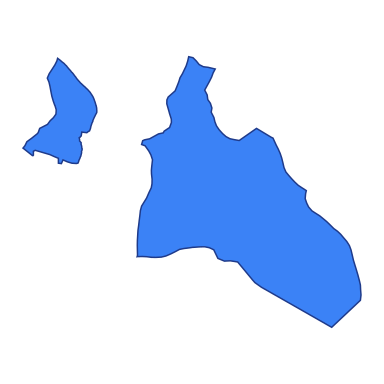 Al Mahabishah, Hajjah, Yemen (Mercator projection)
{"feature_id": "15242507B79718880947555", "entity_name": "Al Mahabishah", "entity_type": "district", "adm_level": 2, "iso_a3": "YEM", "parent_name": "Yemen", "parent_adm1": "Hajjah", "projection": "mercator", "projection_center": [43.424, 15.924], "detail": "fine", "context": "isolated", "style": "filled", "palette": "blue", "viewbox_px": 384, "rotation_deg": 0, "n_neighbors": 0, "source": "geoboundaries", "source_scale": "gbopen_adm2", "svg_char_len": 4202}
<svg xmlns="http://www.w3.org/2000/svg" viewBox="0 0 384 384"><path d="M137.1,256.7L137.7,256.6L142.3,256.5L146.7,256.7L151.3,257.3L155.7,257.4L161.3,257.1L165.9,256.0L171.0,253.8L175.4,251.6L179.5,249.4L184.0,248.5L188.9,247.9L192.9,247.3L193.6,247.3L193.8,247.3L199.3,246.9L202.5,246.8L204.9,246.8L209.3,247.7L213.8,249.8L214.0,250.3L217.9,258.4L224.4,261.1L230.2,260.8L234.8,261.5L237.7,262.0L252.6,280.0L254.9,282.6L261.5,287.3L286.8,301.7L327.1,324.7L331.7,327.3L360.4,300.3L361.0,295.0L360.6,289.7L360.4,285.0L359.4,280.7L357.9,275.0L356.3,269.6L354.7,264.4L353.4,260.1L352.2,254.9L351.0,249.9L349.4,245.6L346.8,241.5L343.8,238.0L340.7,234.3L337.4,231.2L333.8,228.6L330.5,225.3L326.7,221.6L323.2,218.7L319.8,215.9L315.7,213.3L312.0,210.9L308.6,207.0L306.7,203.1L305.2,198.7L305.2,198.4L305.6,193.7L306.3,190.6L305.8,190.3L304.5,189.4L302.1,187.9L298.2,185.3L294.7,182.0L291.7,178.8L288.7,175.4L285.9,172.0L284.0,167.6L282.9,162.8L281.7,158.0L280.2,153.5L278.2,149.0L276.2,145.1L273.0,138.1L271.3,137.3L256.5,128.4L239.2,140.5L234.6,139.7L234.1,139.6L231.7,139.1L229.9,138.7L226.0,136.6L222.6,133.6L220.6,131.4L219.1,129.7L216.5,125.9L214.9,121.8L213.9,117.5L211.2,112.2L211.9,108.0L210.4,103.3L207.8,99.6L207.6,98.3L207.2,95.0L204.7,90.1L209.4,81.5L211.6,77.1L213.1,73.0L215.2,69.0L208.0,67.3L205.4,67.0L203.3,66.7L199.2,64.6L196.3,61.0L193.0,57.7L188.7,56.7L187.7,61.1L186.3,65.5L185.9,66.5L184.3,69.8L182.4,73.8L180.0,77.8L179.1,80.8L178.7,82.0L176.9,86.6L175.1,90.9L171.6,94.0L170.6,94.9L168.2,97.0L166.9,99.9L166.8,103.8L169.3,112.6L169.4,113.1L170.7,117.2L171.3,119.1L171.4,122.5L169.6,127.5L164.2,131.1L163.2,132.9L161.3,133.3L158.5,133.9L149.6,138.8L145.6,139.6L144.4,139.9L142.7,140.7L141.6,144.5L145.1,145.8L148.8,151.0L150.9,154.9L152.3,159.2L152.5,159.7L151.7,166.9L151.4,170.3L151.5,173.9L152.1,179.3L152.0,183.8L151.4,187.0L151.3,187.7L149.0,192.5L146.6,198.0L144.2,201.9L141.6,206.1L140.4,210.6L139.9,215.2L139.2,220.7L138.7,225.1L138.0,230.2L137.7,235.1L137.4,240.3L137.3,245.2L137.4,250.2L137.5,255.3L137.1,256.7ZM23.0,148.1L32.3,155.5L32.9,155.7L33.4,155.2L33.4,151.3L35.2,150.3L49.9,154.6L54.3,156.6L58.4,158.3L58.4,163.2L61.4,163.6L63.0,159.9L67.3,161.8L71.9,163.2L76.4,163.5L78.0,163.1L78.2,162.6L78.4,162.1L78.7,161.5L78.7,160.9L79.1,160.1L79.3,159.5L79.6,159.0L79.9,158.3L80.1,157.7L80.3,157.1L80.5,156.6L80.8,156.2L80.9,155.7L81.0,155.2L81.2,154.5L81.3,153.7L81.6,153.0L81.5,151.4L82.1,149.9L82.1,149.1L82.1,148.5L81.8,148.1L81.8,147.2L81.7,146.5L81.6,145.9L81.4,145.1L81.1,144.4L81.1,142.6L79.8,141.2L79.6,141.0L79.6,140.4L79.6,139.7L79.2,137.7L80.1,137.2L80.3,136.8L80.8,136.2L81.2,136.0L81.8,132.1L86.8,132.7L88.2,131.6L88.6,131.3L89.2,131.1L89.6,130.8L89.8,130.2L90.1,129.4L90.3,129.0L90.5,128.3L90.7,127.5L90.7,127.0L90.9,126.4L91.1,125.7L91.4,124.8L91.7,124.0L91.8,123.5L92.2,122.6L92.4,122.2L92.8,121.5L92.8,120.7L93.2,119.9L93.5,119.1L93.9,118.2L94.2,117.6L94.6,116.7L95.1,115.8L95.5,114.8L96.2,113.6L96.5,113.0L96.7,112.6L96.8,112.1L96.8,111.3L96.8,110.7L96.8,110.2L96.7,109.4L96.7,108.7L96.6,107.7L96.4,106.9L96.2,105.7L95.9,105.3L95.8,104.6L95.3,103.0L95.1,102.2L94.7,101.2L94.3,100.0L93.9,98.9L93.6,98.2L93.4,97.7L93.1,97.1L92.9,96.6L92.6,96.2L92.2,95.5L91.9,95.1L91.6,94.5L91.1,93.9L90.7,93.2L90.4,92.8L90.3,92.5L89.9,92.1L89.6,91.7L89.1,91.2L88.3,90.3L87.9,89.8L87.3,89.2L86.9,88.9L86.4,88.3L86.0,88.1L85.2,87.2L84.6,86.6L84.0,86.2L83.1,85.3L82.7,85.0L82.4,84.7L81.8,84.1L81.3,83.6L80.5,83.0L80.1,82.5L79.7,82.0L78.8,81.0L78.3,80.5L78.0,80.1L77.4,79.4L76.8,78.7L76.1,77.7L75.7,77.0L75.1,76.4L74.6,75.7L74.0,74.9L73.3,73.9L72.9,73.5L72.5,72.9L71.7,72.2L71.3,71.8L71.0,71.3L70.6,70.8L70.3,70.4L70.0,70.1L69.6,69.7L69.1,69.1L68.7,68.7L67.9,67.7L67.4,67.1L66.9,66.5L66.6,66.0L66.2,65.6L65.7,65.2L65.1,64.6L64.5,63.9L63.9,63.3L63.1,62.7L62.3,62.1L61.7,61.6L61.2,61.1L60.5,60.6L59.9,60.0L59.4,59.6L58.7,59.2L58.3,58.8L57.6,58.3L56.9,60.9L54.9,64.9L52.4,68.8L49.2,73.7L47.3,78.1L49.0,82.2L50.0,86.5L50.9,91.4L51.8,96.0L53.2,100.9L54.7,105.2L54.9,105.4L56.2,109.7L56.1,111.9L55.9,114.2L53.4,117.7L50.2,120.7L47.5,124.4L39.7,128.4L38.2,132.6L37.2,133.8L31.7,138.2L26.9,141.7L25.0,145.6L23.2,147.9L23.0,148.1Z" fill="#3b82f6" stroke="#1e3a8a" stroke-width="1.5"/></svg>